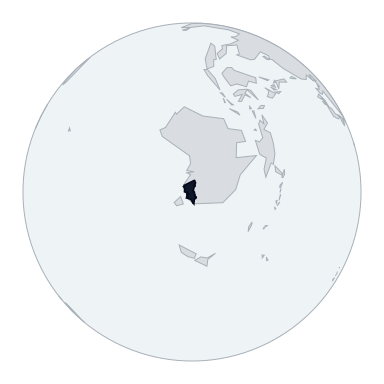 Victoria on an orthographic globe, rotated 66°
{"feature_id": "AUS-2656", "entity_name": "Victoria", "entity_type": "State", "adm_level": 1, "iso_a3": "AUS", "parent_name": "Australia", "parent_adm1": "", "projection": "orthographic", "projection_center": [144.983, -36.566], "detail": "fine", "context": "on_globe", "style": "filled", "palette": "ink", "viewbox_px": 384, "rotation_deg": 66, "n_neighbors": 0, "source": "natural_earth", "source_scale": "10m", "svg_char_len": 8243}
<svg xmlns="http://www.w3.org/2000/svg" viewBox="0 0 384 384"><g transform="rotate(66 192 192)"><circle cx="192" cy="192" r="169" fill="#eef3f6" stroke="#a8b0b8"/><path d="M285.2,150.3L285.2,151.6L284.9,151.6L285.2,150.3ZM250.6,350.5L252.0,349.8L248.4,350.9L250.5,350.1L251.7,349.5L250.6,349.6L258.4,346.6L264.6,344.4L264.8,344.5L267.5,343.1L250.6,350.5ZM329.5,99.4L328.1,96.6L330.2,99.5L329.5,99.4ZM326.3,94.1L327.0,95.2L326.3,94.1L326.3,94.1ZM325.2,92.8L326.0,93.8L325.2,93.0L325.2,92.8ZM323.8,91.5L324.5,92.1L323.8,91.5ZM321.3,88.6L320.6,87.8L321.1,88.1L321.3,88.6ZM244.2,351.6L257.1,347.0L250.4,349.6L248.8,350.7L240.9,353.1L244.2,351.6ZM238.1,354.5L234.4,355.6L232.6,356.0L234.8,355.4L238.1,354.5ZM216.6,24.8L213.8,24.5L212.4,24.3L216.6,24.8ZM184.2,23.2L185.5,23.2L178.3,24.8L153.0,31.4L155.8,33.1L154.1,34.8L147.8,36.6L150.0,34.0L145.9,34.0L148.2,32.5L138.7,35.2L141.4,33.3L132.7,36.7L133.0,37.7L140.4,35.7L131.6,40.0L135.7,41.9L133.1,46.4L116.3,58.4L103.6,65.0L102.2,67.1L98.7,66.6L91.7,72.6L96.2,80.9L95.2,84.6L85.0,95.3L85.2,92.6L76.0,91.2L72.5,100.9L79.4,104.5L81.7,112.7L75.6,112.6L73.5,105.9L70.3,105.1L72.4,96.8L72.2,87.8L66.2,93.4L67.9,89.0L66.7,84.4L58.7,92.7L45.1,113.4L41.2,126.0L37.5,135.0L38.0,123.8L42.0,114.2L41.0,116.1L46.8,105.7L53.2,95.6L60.4,86.1L68.2,77.1L76.6,68.6L85.6,60.8L95.1,53.6L105.1,47.1L115.5,41.3L126.3,36.3L137.5,32.1L148.9,28.6L160.5,26.0L172.3,24.2L184.2,23.2ZM53.2,288.4L54.6,290.3L60.9,298.5L69.6,308.5L70.7,309.6L61.5,299.3L53.2,288.4ZM83.6,277.8L86.6,278.3L86.0,280.1L83.6,277.8ZM29.5,235.3L40.2,261.8L41.6,266.6L38.7,261.9L32.5,247.6L29.8,238.5L27.6,230.2L29.5,235.3ZM118.9,125.3L123.8,125.1L123.7,125.8L118.9,125.3ZM113.8,124.0L119.2,123.0L113.0,125.7L113.8,124.0ZM121.3,122.7L126.8,120.3L129.1,118.8L128.8,120.3L121.3,122.7ZM110.3,124.9L91.9,130.4L85.0,131.2L86.4,128.1L97.6,124.6L110.3,124.9ZM85.8,128.2L75.7,125.8L63.7,114.2L68.0,111.9L80.8,116.0L80.0,118.4L86.1,121.0L85.8,128.2ZM111.6,107.0L110.7,113.5L100.4,115.9L95.8,116.4L92.6,109.6L94.4,105.2L98.0,104.0L113.6,87.3L118.8,89.0L113.7,95.3L118.0,99.4L111.6,107.0ZM41.3,126.7L42.0,131.8L40.2,135.0L41.3,126.7ZM121.0,77.7L114.0,84.2L120.8,76.2L121.0,77.7ZM125.7,70.9L125.6,73.2L123.4,71.4L125.7,70.9ZM101.0,70.1L97.1,72.0L97.5,70.5L102.8,67.2L101.0,70.1ZM131.1,50.6L129.1,54.5L127.7,56.1L126.8,54.1L131.1,50.6ZM250.2,213.3L253.6,216.9L249.4,222.0L242.9,226.3L235.2,225.3L250.2,213.3ZM194.3,212.6L191.5,204.2L199.4,204.8L198.3,211.6L194.3,212.6ZM254.9,210.3L258.5,204.9L257.5,195.5L260.0,204.9L265.9,208.6L255.6,217.3L254.9,210.3ZM158.0,179.5L129.3,196.5L122.2,196.1L122.3,190.0L112.4,174.8L114.6,174.6L111.0,164.4L127.0,151.2L137.9,133.3L148.8,133.3L155.8,121.8L167.6,122.5L165.1,131.2L178.6,137.7L184.9,118.3L195.9,140.9L207.6,151.1L214.3,168.2L203.7,194.8L195.1,199.3L192.1,195.9L188.8,198.6L181.9,196.5L175.5,186.2L172.4,189.0L174.3,181.9L170.3,188.1L165.6,181.8L158.0,179.5ZM243.8,149.3L246.2,150.8L251.0,156.8L247.0,154.5L243.8,149.3ZM279.1,151.7L280.8,154.6L278.0,153.6L279.1,151.7ZM284.9,151.6L281.6,150.5L285.2,150.3L284.9,151.6ZM253.5,139.5L255.0,141.5L254.0,141.7L253.5,139.5ZM252.4,138.7L253.5,136.9L253.7,139.2L252.4,138.7ZM239.7,122.8L241.0,122.1L241.7,123.2L239.7,122.8ZM131.0,124.0L137.5,117.8L141.3,116.9L131.0,124.0ZM237.5,119.9L234.1,118.7L234.4,117.7L237.5,119.9ZM237.5,117.4L236.9,115.7L239.4,120.0L237.5,117.4ZM230.8,112.2L235.1,116.0L230.3,112.4L230.8,112.2ZM228.4,111.9L225.5,110.0L225.6,109.6L228.4,111.9ZM197.8,108.0L208.5,118.5L200.5,116.9L191.3,110.3L185.1,114.8L170.6,113.1L173.6,110.1L171.3,105.3L157.0,103.5L154.1,100.7L159.0,98.6L149.8,96.8L159.8,95.0L164.1,100.9L169.8,96.3L180.3,97.8L190.8,100.7L199.8,106.4L197.8,108.0ZM160.3,108.2L162.1,108.2L160.6,110.1L160.3,108.2ZM219.9,105.3L224.1,109.3L223.7,110.0L221.7,109.0L219.9,105.3ZM201.8,105.6L211.2,102.1L213.6,102.7L207.4,107.3L201.8,105.6ZM208.7,98.4L213.3,100.0L215.9,103.3L215.0,103.9L208.7,98.4ZM139.9,103.8L139.6,105.5L137.1,104.5L139.9,103.8ZM143.1,102.5L150.8,103.7L142.5,104.0L143.1,102.5ZM121.1,100.1L123.2,103.4L129.7,99.9L124.7,104.2L129.4,109.9L128.0,112.7L123.3,106.4L122.1,113.9L119.3,114.4L117.5,108.4L120.2,100.5L123.0,97.0L134.9,93.9L121.1,100.1ZM142.9,97.8L141.0,93.7L142.5,90.7L144.6,92.7L142.9,97.8ZM135.6,84.4L131.0,80.6L126.3,83.1L136.2,75.5L139.0,80.3L135.6,84.4ZM132.4,75.3L128.0,77.5L132.9,73.3L132.4,75.3ZM127.1,76.3L127.1,73.4L130.4,73.2L127.1,76.3ZM134.6,75.1L136.3,70.1L137.5,72.7L134.6,75.1ZM127.0,67.5L133.1,70.8L124.4,70.5L126.1,61.9L130.1,60.9L127.0,67.5ZM162.5,35.8L162.8,34.4L166.9,33.9L165.6,35.0L162.5,35.8ZM180.6,31.9L168.1,33.3L158.1,35.3L160.2,35.7L156.2,38.5L154.1,36.5L162.5,33.2L169.8,32.3L172.7,30.5L179.1,29.3L180.6,27.6L184.0,26.9L184.9,28.4L180.6,31.9ZM180.9,26.9L185.8,24.7L192.7,25.1L193.2,25.7L188.1,26.4L184.7,26.1L180.9,26.9ZM188.6,23.1L191.4,23.6L188.5,23.5L187.2,23.9L189.0,24.4L185.8,24.3L186.2,23.1L186.3,23.1L188.6,23.1Z" fill="#d9dde1" stroke="#a8b0b8" stroke-width="1"/><path d="M203.7,195.1L203.2,195.2L203.2,195.3L202.9,195.6L202.7,195.7L202.5,195.8L202.1,195.8L201.9,195.8L201.7,195.8L200.9,195.8L200.7,195.9L200.4,195.8L199.7,195.8L199.3,195.9L198.8,196.1L198.4,196.3L198.0,196.5L197.6,196.9L196.8,197.7L196.6,198.0L196.4,198.2L196.3,198.3L196.3,198.2L195.9,198.3L195.7,198.3L195.4,198.3L195.2,198.3L194.9,198.3L194.8,198.5L194.9,198.8L195.0,198.8L195.3,198.8L195.3,198.7L195.4,198.8L195.4,199.0L195.3,199.3L195.3,199.5L195.2,199.6L195.1,199.4L194.9,199.2L194.8,198.8L194.5,198.7L194.4,198.7L194.3,198.9L194.2,198.9L194.1,198.7L193.8,198.2L193.9,198.3L194.0,198.3L194.0,198.2L193.9,198.2L193.7,198.1L193.4,198.2L193.2,197.9L192.9,197.8L193.0,197.8L193.0,197.7L193.1,197.4L193.2,197.5L193.3,197.4L193.2,197.2L193.3,197.1L193.1,196.9L192.8,196.9L192.8,197.0L192.7,196.9L192.7,197.0L192.6,197.3L192.4,197.4L192.3,197.5L192.2,197.5L191.9,197.7L191.4,197.3L191.3,197.2L191.5,197.3L191.8,197.3L192.0,197.2L192.3,196.7L192.3,196.4L192.2,196.3L192.1,196.2L192.0,195.9L191.9,195.8L191.7,195.9L191.6,196.1L191.4,196.1L191.3,196.3L191.0,196.4L190.9,196.5L190.6,196.5L190.9,196.8L191.1,196.7L191.4,196.7L191.4,196.9L191.2,197.0L190.9,197.1L190.7,197.1L190.3,197.4L190.2,197.4L190.2,197.5L189.9,197.7L189.7,197.8L189.6,198.0L189.4,198.3L189.1,198.4L189.0,198.6L188.9,198.6L188.7,198.8L188.5,198.6L188.3,198.5L188.0,198.5L187.9,198.4L187.7,198.2L187.3,198.1L187.0,198.0L186.9,197.9L186.6,197.7L186.3,197.5L186.3,197.4L186.2,197.4L186.2,197.5L186.0,197.4L185.8,197.4L185.7,197.5L185.3,197.4L185.0,197.2L184.9,197.2L184.5,197.1L184.3,197.2L184.3,197.3L184.2,197.4L184.3,197.5L184.2,197.5L183.9,197.5L183.7,197.6L183.7,197.4L183.7,197.2L183.3,196.9L183.1,196.8L182.7,196.6L182.2,184.6L182.3,184.8L182.6,184.8L182.9,184.8L183.0,184.9L183.1,185.0L183.4,185.1L183.5,185.1L183.8,185.1L184.1,184.9L184.3,184.9L184.5,184.9L184.8,184.9L185.0,185.0L185.3,185.1L185.4,185.3L185.5,185.5L185.7,185.8L185.7,186.1L185.9,186.3L186.0,186.5L186.1,186.8L186.3,186.8L186.3,186.7L186.5,186.7L186.5,186.3L186.7,186.2L186.8,186.3L186.9,186.5L187.0,186.4L187.1,186.5L187.3,186.5L187.5,186.5L187.8,186.7L187.9,186.8L188.0,186.8L188.1,187.0L188.0,187.3L188.1,187.7L188.2,188.0L188.3,188.0L188.5,188.1L188.7,188.3L188.8,188.6L189.0,188.6L189.4,188.8L189.6,188.9L189.6,189.0L189.8,189.1L190.1,189.4L190.3,189.6L190.5,189.7L190.7,190.1L190.8,190.2L191.1,190.5L191.3,190.6L191.6,190.7L191.8,190.6L192.0,190.6L191.9,190.3L192.0,190.2L192.1,189.9L192.3,189.9L192.6,189.9L192.8,190.0L193.2,189.8L193.3,189.8L193.8,190.2L193.9,190.3L194.0,190.3L194.2,190.2L194.3,190.2L194.3,190.3L194.6,190.4L194.8,190.5L195.0,190.5L195.3,190.5L195.5,190.3L195.9,190.3L196.1,190.5L196.3,190.6L196.5,190.6L196.8,190.6L196.9,190.9L196.9,191.0L197.1,191.1L197.3,191.0L197.2,191.0L197.0,190.9L197.0,190.7L197.5,190.5L197.7,190.4L197.8,190.3L198.0,190.3L198.5,190.2L198.9,190.4L199.0,190.5L199.2,190.8L199.3,190.9L199.3,191.0L199.2,191.1L199.3,191.2L199.3,191.5L199.5,191.8L199.5,192.1L199.6,192.3L199.4,192.8L199.6,192.8L203.7,195.1ZM193.1,197.2L193.2,197.3L192.9,197.5L192.7,197.4L192.7,197.2L192.9,197.2L193.1,197.2ZM192.8,197.7L192.9,197.8L192.6,197.8L192.4,197.8L192.5,197.6L192.8,197.6L192.7,197.6L192.8,197.7L192.8,197.7ZM195.7,198.5L195.9,198.5L195.7,198.5L195.4,198.5L195.6,198.5L195.7,198.5Z" fill="#0f172a" stroke="#020617" stroke-width="1.5"/></g></svg>